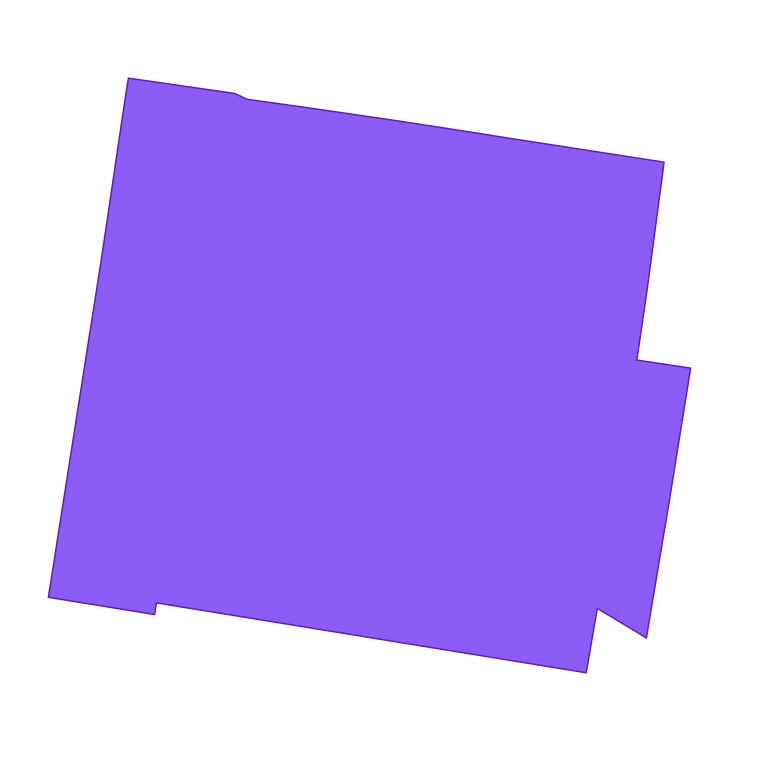 outline of Hendricks, Indiana, United States of America, rotated 279°
{"feature_id": "52423323B31792331256656", "entity_name": "Hendricks", "entity_type": "district", "adm_level": 2, "iso_a3": "USA", "parent_name": "United States of America", "parent_adm1": "Indiana", "projection": "orthographic", "projection_center": [-86.465, 39.762], "detail": "fine", "context": "isolated", "style": "filled", "palette": "violet", "viewbox_px": 768, "rotation_deg": 279, "n_neighbors": 0, "source": "geoboundaries", "source_scale": "gbopen_adm2", "svg_char_len": 454}
<svg xmlns="http://www.w3.org/2000/svg" viewBox="0 0 768 768"><g transform="rotate(279 384 384)"><path d="M174.2,682.9L312.8,684.1L447.6,684.4L447.2,630.0L488.5,629.5L515.9,629.2L633.2,626.3L646.9,625.9L646.3,463.7L646.4,445.2L646.0,353.9L645.0,272.4L643.8,204.1L647.6,191.3L646.1,83.8L638.8,83.6L604.8,83.9L470.1,85.3L120.8,85.9L120.4,193.5L132.2,193.5L130.4,628.9L195.7,629.8L174.2,682.9Z" fill="#8b5cf6" stroke="#5b21b6" stroke-width="1.5"/></g></svg>